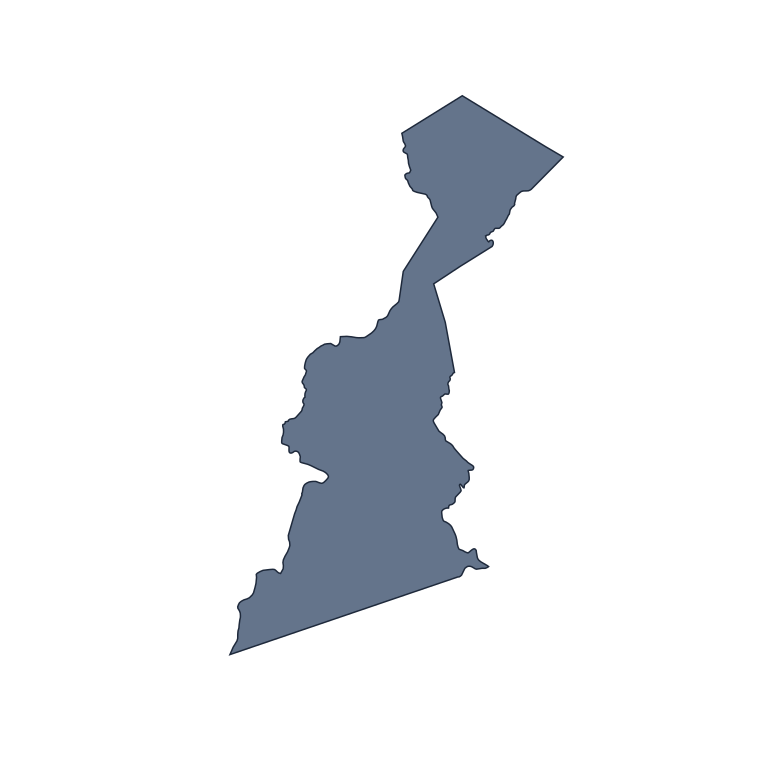 the district of Las Flores, Lempira, Honduras, rotated 150°
{"feature_id": "27666195B81012713461680", "entity_name": "Las Flores", "entity_type": "district", "adm_level": 2, "iso_a3": "HND", "parent_name": "Honduras", "parent_adm1": "Lempira", "projection": "natural_earth1", "projection_center": [-88.667, 14.674], "detail": "fine", "context": "isolated", "style": "filled", "palette": "slate", "viewbox_px": 768, "rotation_deg": 150, "n_neighbors": 0, "source": "geoboundaries", "source_scale": "gbopen_adm2", "svg_char_len": 6159}
<svg xmlns="http://www.w3.org/2000/svg" viewBox="0 0 768 768"><g transform="rotate(150 384 384)"><path d="M390.1,244.3L389.1,245.7L388.1,246.3L387.2,246.3L385.6,245.8L384.9,245.7L383.1,245.9L381.6,246.4L381.2,246.8L379.6,249.3L378.7,250.2L378.0,250.5L372.2,252.2L370.9,252.8L370.5,253.2L370.0,255.0L369.5,258.0L369.2,258.7L368.7,259.1L368.1,259.1L367.8,258.8L367.2,254.9L367.0,254.4L366.7,254.1L366.1,254.6L365.3,255.8L364.5,256.5L363.5,256.8L360.4,257.3L359.0,257.8L357.9,258.8L356.9,260.5L355.2,264.3L354.6,266.6L354.3,267.0L353.3,266.7L351.1,265.6L350.1,265.4L349.5,265.6L348.8,266.0L347.9,267.1L347.8,267.9L348.0,268.9L350.3,273.4L350.7,274.4L351.1,276.1L352.7,280.1L354.7,289.8L355.3,293.2L355.4,296.2L355.8,297.8L356.3,299.1L358.9,303.8L358.7,305.2L358.0,306.5L357.8,307.1L357.5,308.8L358.0,311.0L359.2,313.7L360.0,315.8L360.1,324.9L360.0,326.4L359.8,327.3L359.3,328.1L358.3,328.7L355.5,329.6L352.3,330.4L348.4,333.3L345.5,334.6L345.0,335.6L344.9,336.8L344.8,337.2L343.1,339.0L342.2,343.4L341.9,344.0L341.7,344.2L340.7,344.5L339.4,344.3L336.6,344.9L335.9,344.7L333.6,343.1L333.0,343.2L332.3,343.6L331.5,344.5L330.8,345.5L330.2,347.5L329.5,349.0L329.0,350.2L328.9,351.8L328.2,352.7L326.8,353.7L325.5,354.0L324.7,354.5L324.0,355.4L323.7,356.8L323.0,357.4L322.4,357.6L321.5,357.5L320.7,357.7L318.4,358.9L317.2,358.7L300.1,406.8L290.9,445.9L259.1,447.8L221.6,449.1L220.1,450.0L219.3,450.8L218.5,452.2L218.3,453.2L218.4,453.9L218.6,454.4L218.9,454.7L219.4,455.0L220.4,455.2L221.5,455.0L222.0,454.7L222.3,454.8L222.6,455.8L222.6,457.0L222.8,458.0L222.6,459.9L222.5,460.2L222.0,460.8L222.0,461.4L220.3,461.4L218.9,460.9L218.3,460.9L217.3,461.2L216.5,461.8L215.9,462.0L215.2,462.0L213.5,461.8L212.8,461.8L211.3,462.8L210.2,463.2L209.4,463.0L206.7,461.4L206.2,461.3L205.1,461.4L203.8,461.9L201.2,462.3L200.4,462.6L198.8,463.5L197.2,464.6L195.2,465.7L192.0,467.9L190.5,468.5L188.0,471.4L187.2,472.0L184.7,473.1L182.6,473.3L181.5,473.8L181.0,474.2L180.7,475.1L177.5,478.3L176.1,480.1L174.9,481.0L171.5,481.7L169.5,482.0L168.5,482.0L167.0,481.6L163.5,479.7L162.2,479.1L160.4,478.9L159.1,479.0L115.3,491.0L125.2,508.4L172.1,594.5L243.2,592.2L244.2,589.0L245.9,584.7L246.0,583.6L245.9,581.7L246.3,579.4L246.9,578.9L249.6,577.8L250.5,577.0L250.9,576.2L251.0,575.6L250.8,574.7L249.3,572.2L249.0,571.6L249.0,571.1L249.4,570.0L250.2,568.3L251.1,565.6L252.4,562.9L253.3,559.4L253.9,555.8L255.0,555.0L256.3,554.2L256.9,554.3L258.5,554.9L259.6,555.0L261.1,554.7L261.5,554.4L261.8,553.8L262.5,551.8L262.5,550.8L261.8,548.5L262.4,545.8L262.7,542.2L262.1,539.1L262.1,538.2L262.3,537.4L262.2,536.9L261.4,535.6L259.4,533.3L253.4,527.8L252.8,526.9L252.5,526.0L252.4,525.6L252.7,524.8L252.7,524.3L252.5,523.0L252.1,521.6L252.1,520.3L253.9,514.0L254.2,512.3L254.1,510.7L253.6,507.6L253.4,505.9L253.9,501.5L311.0,471.9L328.7,449.4L329.6,448.4L330.3,447.8L332.8,447.1L337.4,446.4L339.9,445.6L342.2,444.5L346.7,441.3L347.9,440.9L348.8,440.7L353.0,440.8L355.8,442.0L356.8,442.1L358.1,441.1L361.4,437.7L363.1,436.5L364.4,435.8L366.3,435.1L369.3,434.4L375.7,433.9L377.1,433.9L378.2,434.2L382.7,436.6L384.9,438.1L388.4,441.0L392.3,443.8L398.1,446.8L400.9,442.9L401.8,442.0L403.3,441.0L405.1,440.6L406.4,440.7L407.4,441.3L409.9,445.7L413.2,447.3L415.6,448.2L417.5,448.2L419.7,448.4L422.1,448.1L424.1,448.1L427.3,447.4L430.0,446.6L432.9,446.6L436.2,445.5L437.9,444.7L439.1,444.0L441.1,442.2L442.4,440.8L443.7,439.3L444.9,437.5L445.0,436.9L444.5,434.7L444.6,434.1L444.8,433.8L447.6,431.2L449.6,430.2L453.4,427.4L453.8,426.9L454.0,426.3L454.1,425.7L453.9,424.1L453.9,422.7L454.7,420.7L454.0,418.7L454.0,418.2L454.1,417.8L454.5,417.3L455.8,416.5L457.2,415.2L458.4,413.4L459.0,412.1L460.0,412.0L461.1,411.4L461.9,410.9L462.7,410.0L463.3,408.9L463.4,407.9L463.3,406.7L463.8,405.8L465.2,404.8L466.8,403.9L467.8,402.7L468.9,401.8L476.8,399.2L478.2,399.0L479.1,399.1L481.6,400.1L483.2,400.6L484.8,400.4L485.5,399.8L485.8,399.7L488.3,400.6L489.6,399.3L490.6,399.1L491.6,399.4L492.0,399.3L492.3,398.9L492.8,398.1L493.6,395.2L495.1,392.5L496.8,390.4L499.1,388.6L501.1,385.8L501.9,384.4L502.0,383.7L501.8,383.1L498.3,379.0L497.6,377.7L497.9,376.6L499.4,374.2L500.0,372.9L500.1,372.2L499.9,371.4L499.3,370.8L498.4,370.4L497.2,370.3L495.4,370.5L494.4,370.2L493.7,369.8L493.1,369.2L492.6,368.5L492.3,367.6L492.2,367.0L492.3,365.6L492.7,363.3L493.0,362.6L494.2,361.0L495.2,359.3L495.5,358.6L495.4,358.1L494.4,356.8L490.5,352.9L489.5,351.7L488.0,349.7L483.4,342.8L480.2,338.9L478.9,336.5L478.3,334.4L478.1,333.3L478.2,332.3L478.4,331.7L478.8,331.1L480.0,330.4L482.7,329.5L485.3,328.9L486.8,328.9L487.7,329.2L488.6,330.0L489.8,331.3L491.2,333.1L492.0,333.9L493.9,335.0L495.9,335.9L497.9,336.6L500.5,336.8L502.7,336.6L504.1,336.0L506.1,334.5L509.1,330.7L509.6,330.6L509.9,330.3L510.3,329.7L510.4,329.0L516.5,324.1L520.6,321.3L523.2,318.8L526.2,316.4L542.6,300.7L544.3,297.2L544.7,294.5L546.2,291.3L547.7,289.8L551.4,286.9L555.9,284.3L559.1,282.0L560.8,279.9L562.0,276.9L563.7,274.4L568.3,271.6L569.7,273.1L570.3,274.5L570.9,276.6L571.5,278.0L572.9,279.1L575.8,280.5L581.9,283.1L585.1,283.5L588.3,283.5L589.8,283.0L591.1,280.2L594.5,275.4L597.3,272.4L601.4,268.4L603.6,267.2L607.5,266.2L610.2,266.4L613.2,267.1L616.2,267.2L618.5,266.8L620.2,265.8L622.1,264.2L622.7,262.7L622.6,260.0L623.0,257.5L624.3,254.9L625.2,253.5L626.9,251.7L629.9,247.8L631.6,245.3L633.9,243.1L635.9,240.2L637.9,236.8L639.8,235.0L646.2,231.5L652.7,226.7L416.6,180.0L415.4,179.4L413.9,179.4L412.4,179.7L406.2,183.9L404.3,184.2L402.7,184.2L401.3,183.6L400.0,182.6L399.1,181.4L397.4,178.3L396.5,177.4L391.1,175.3L388.6,173.8L386.9,173.5L385.1,173.5L384.7,173.6L385.3,175.0L389.0,181.5L389.8,183.5L390.1,184.7L390.1,186.0L389.9,187.1L388.2,191.9L387.4,193.7L387.4,194.5L387.6,195.4L388.0,195.9L388.5,196.3L389.6,196.5L391.2,196.4L395.1,195.7L395.8,195.8L396.7,196.7L397.8,198.2L399.0,200.3L401.1,202.8L401.5,203.4L401.6,203.9L401.4,205.7L400.7,208.3L399.0,212.3L397.9,216.0L397.5,218.3L396.8,226.2L397.0,228.2L397.8,230.6L399.3,233.4L400.5,234.9L400.8,235.6L400.9,236.2L400.8,237.1L400.3,239.4L398.4,243.7L397.7,244.8L397.1,245.2L395.4,245.7L393.7,245.7L391.7,245.2L390.1,244.3Z" fill="#64748b" stroke="#1e293b" stroke-width="1.5"/></g></svg>